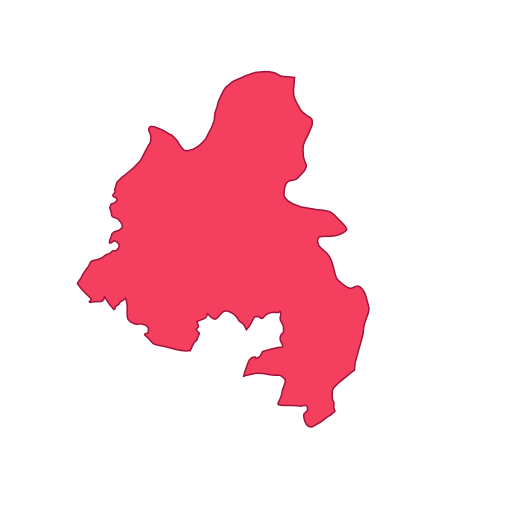 outline of Yen Dung, Bắc Giang, Vietnam, rotated 226°
{"feature_id": "81297802B99638089462809", "entity_name": "Yen Dung", "entity_type": "district", "adm_level": 2, "iso_a3": "VNM", "parent_name": "Vietnam", "parent_adm1": "Bắc Giang", "projection": "orthographic", "projection_center": [106.245, 21.205], "detail": "fine", "context": "isolated", "style": "filled", "palette": "rose", "viewbox_px": 512, "rotation_deg": 226, "n_neighbors": 0, "source": "geoboundaries", "source_scale": "gbopen_adm2", "svg_char_len": 6137}
<svg xmlns="http://www.w3.org/2000/svg" viewBox="0 0 512 512"><g transform="rotate(226 256 256)"><path d="M132.0,169.7L130.4,171.0L122.8,178.7L120.0,181.3L116.7,184.1L114.9,187.0L113.6,188.1L112.2,188.2L111.4,187.9L109.5,186.2L109.1,184.3L109.1,181.3L108.9,180.5L108.3,179.6L106.1,177.9L102.9,176.2L99.4,175.2L98.4,175.2L97.6,175.3L97.0,175.5L96.2,175.9L95.0,176.7L94.0,177.7L91.5,187.9L90.6,196.0L89.9,198.4L89.6,200.1L89.6,203.0L89.4,204.5L89.7,205.2L91.4,205.7L92.6,206.4L93.7,207.4L96.0,209.9L96.7,210.4L97.4,210.7L98.9,210.9L99.8,211.5L103.5,214.7L105.9,217.3L106.8,219.0L107.2,220.2L107.4,226.6L106.1,242.9L105.5,247.7L107.1,249.4L110.2,252.9L124.8,277.7L126.7,280.3L129.0,282.8L131.8,286.8L134.4,291.8L136.6,296.5L138.0,298.7L139.5,300.6L142.5,302.6L152.0,307.8L155.1,308.9L157.3,309.3L159.8,309.5L161.7,309.4L162.5,309.1L163.4,308.4L164.7,306.8L165.1,305.9L165.6,304.9L165.8,303.8L166.1,303.1L167.2,301.3L169.2,300.2L173.4,299.1L177.9,298.5L181.6,298.3L184.0,298.5L187.6,300.1L194.0,303.8L199.2,306.5L204.5,308.4L208.6,308.9L214.9,308.4L219.0,308.3L220.4,308.6L221.5,309.3L223.7,310.3L224.7,311.6L225.5,312.7L225.7,313.8L225.6,314.6L225.3,315.6L223.0,318.4L218.6,323.1L216.1,326.3L214.5,328.8L213.2,331.5L212.0,335.6L211.8,337.7L211.8,338.6L212.0,339.6L213.4,340.3L214.8,340.7L218.8,340.9L232.1,340.8L236.5,339.9L242.0,336.4L246.6,332.3L253.9,327.0L259.9,322.5L267.9,318.8L273.6,317.3L276.6,317.3L279.4,317.9L280.9,318.8L284.7,323.4L286.6,326.6L287.3,328.7L287.3,330.0L287.1,331.9L285.3,334.5L283.7,337.3L283.2,339.0L283.1,339.8L283.3,343.1L283.3,345.5L283.7,350.1L285.0,353.7L286.5,355.5L289.8,356.6L294.3,358.9L300.6,364.4L303.1,367.6L305.2,372.1L306.5,376.3L310.1,385.0L311.5,387.7L313.6,389.9L314.7,390.7L315.6,391.2L316.7,391.3L318.4,391.1L320.9,390.2L326.6,389.5L330.0,389.5L332.9,390.4L336.6,391.3L341.7,392.9L345.9,395.2L349.8,398.7L353.2,402.8L357.1,407.1L357.6,407.8L363.0,403.2L367.9,398.9L374.0,397.0L375.3,396.4L379.7,393.3L380.4,392.6L382.5,390.5L388.5,383.1L392.9,373.8L393.9,370.8L397.3,361.7L397.8,359.2L398.0,355.4L398.4,351.2L397.6,347.7L395.2,341.0L393.1,336.0L390.2,331.3L387.4,325.8L385.0,323.0L382.5,320.0L379.7,314.4L377.2,306.9L375.3,301.7L374.8,295.9L375.0,291.5L375.6,288.0L376.7,284.3L379.1,280.2L381.0,278.3L381.9,277.8L383.0,277.8L386.8,277.8L392.6,279.1L395.5,279.5L398.8,279.4L401.2,279.5L404.7,278.2L410.4,276.6L415.0,274.8L419.6,272.6L422.1,270.6L422.5,270.0L422.6,269.4L422.3,267.7L421.9,267.2L421.3,266.5L420.6,266.0L416.8,264.5L414.2,262.7L412.6,260.9L411.7,259.7L410.9,258.2L410.2,255.4L409.0,251.3L406.6,244.3L405.3,240.3L405.0,239.2L404.8,237.7L404.5,228.8L405.3,217.5L405.7,215.0L405.8,209.4L405.7,207.6L405.5,207.0L405.1,206.1L402.7,202.1L402.5,201.2L402.1,200.5L400.3,199.6L399.9,199.2L399.6,198.2L399.6,196.2L399.0,195.0L397.8,194.7L397.2,194.8L395.0,195.8L394.2,195.8L393.4,195.5L392.9,194.9L392.6,194.4L392.2,192.4L393.2,189.6L393.9,188.2L393.9,187.3L392.2,184.3L388.2,182.3L386.6,181.2L385.4,180.2L383.9,180.2L382.4,180.6L381.5,181.2L380.7,181.4L379.6,182.1L378.1,182.5L376.4,182.2L374.4,182.2L373.5,182.0L372.1,181.6L370.5,180.8L369.6,179.6L369.5,179.0L369.5,177.2L369.6,175.5L371.9,170.9L372.0,169.8L372.0,167.7L370.1,164.3L368.7,161.2L367.3,159.8L367.0,159.8L366.8,160.0L366.3,160.4L366.1,161.0L365.9,161.6L365.9,162.9L365.8,164.0L365.5,164.5L364.4,165.1L362.7,165.6L361.8,165.7L361.2,165.7L359.1,165.3L358.4,164.8L357.5,163.3L357.2,162.3L357.2,161.5L357.1,160.7L357.1,159.6L357.3,158.8L357.5,158.2L358.1,157.8L358.5,157.6L359.0,157.1L359.4,156.3L359.3,153.9L359.6,152.1L359.9,151.3L361.2,148.8L361.6,144.7L363.4,139.8L366.5,134.5L366.5,133.8L366.5,132.5L365.0,128.6L364.3,124.6L363.1,118.3L361.8,115.2L360.5,108.6L359.1,108.2L354.2,107.6L348.2,107.5L340.3,107.7L339.5,107.6L339.1,106.6L338.9,105.8L338.9,104.8L338.8,104.2L338.2,104.2L337.6,104.7L336.5,106.5L334.4,109.0L331.6,112.1L330.4,113.7L330.4,114.5L330.7,116.9L332.0,118.4L331.9,118.8L330.8,118.6L327.1,117.8L323.1,117.0L319.0,116.8L316.3,116.5L316.2,116.9L316.2,118.3L317.0,119.6L317.2,120.7L316.5,123.4L317.3,126.7L316.5,129.5L316.5,132.7L315.2,132.2L313.9,131.6L311.6,130.1L309.1,128.3L302.3,121.6L300.2,120.3L299.3,120.0L296.1,119.9L295.3,120.1L291.4,121.5L288.9,123.6L287.6,125.8L283.8,128.1L282.8,128.5L281.5,128.7L279.6,128.7L279.0,128.5L278.5,128.2L277.5,126.9L275.9,125.3L275.8,124.8L275.9,124.0L276.9,122.8L277.0,122.1L277.0,121.7L276.6,121.1L275.0,121.1L270.6,121.4L265.6,121.1L264.0,121.3L260.2,123.3L255.1,126.9L243.6,134.0L240.4,136.2L236.2,139.8L233.9,142.7L233.6,142.8L234.1,144.4L235.3,147.2L236.6,150.9L236.7,152.3L236.6,154.6L236.8,155.4L237.6,156.8L238.3,158.6L239.5,161.3L239.9,161.6L242.6,161.6L243.6,161.6L244.3,161.7L244.6,161.8L244.8,162.1L244.9,162.6L244.9,165.0L245.2,165.7L246.1,166.3L247.7,166.9L248.7,167.5L249.8,167.8L249.8,168.2L249.5,169.1L247.2,174.6L246.7,176.5L246.8,178.1L248.1,181.0L243.4,181.1L241.6,181.4L240.1,181.9L239.0,182.7L238.6,183.6L238.3,185.5L238.7,188.4L238.6,191.1L238.8,192.4L238.7,193.1L238.4,194.6L237.8,195.6L236.5,196.9L235.8,197.4L234.2,198.2L230.8,199.3L229.4,199.7L226.7,199.7L224.1,199.5L222.1,198.9L220.6,198.8L216.3,199.5L214.2,199.3L209.6,197.9L210.1,202.5L213.0,211.6L213.0,212.6L212.7,213.5L210.8,215.5L210.1,216.0L209.8,216.0L208.2,216.1L207.7,216.3L206.9,217.0L206.6,217.7L206.6,218.7L206.8,219.9L206.7,222.4L206.6,223.3L206.2,224.4L204.9,227.6L203.1,229.7L199.7,232.8L199.6,234.9L199.3,235.0L196.9,233.6L194.8,230.4L192.8,228.9L189.1,227.8L188.0,227.5L186.6,227.0L185.8,226.3L183.7,224.4L182.8,223.6L182.3,222.8L182.1,221.7L182.0,219.6L180.8,217.0L178.8,215.1L176.6,214.2L173.7,213.3L172.8,212.8L172.2,212.0L172.2,211.5L175.0,208.2L178.3,202.6L180.7,198.3L182.7,194.3L181.2,189.8L181.1,188.9L181.2,187.8L182.5,184.6L183.5,185.3L183.9,185.3L185.2,183.6L185.8,182.5L185.9,181.8L185.9,179.8L185.9,179.3L185.1,176.9L180.2,166.9L178.0,163.6L177.0,165.8L171.6,174.6L168.5,177.7L164.7,180.9L162.0,182.7L157.5,186.3L154.1,189.9L152.3,190.8L149.6,191.2L147.6,191.1L146.5,190.9L145.2,189.7L143.3,186.3L141.9,183.2L140.9,181.5L139.6,179.7L137.4,176.3L134.6,169.2L133.8,168.9L132.9,169.2L132.0,169.7Z" fill="#f43f5e" stroke="#9f1239" stroke-width="1.5"/></g></svg>